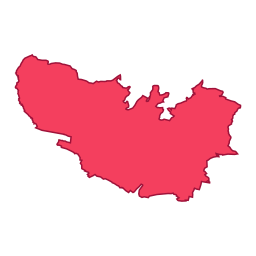 Huedin, Salaj, Romania (Robinson projection)
{"feature_id": "2599482B73354521931704", "entity_name": "Huedin", "entity_type": "district", "adm_level": 2, "iso_a3": "ROU", "parent_name": "Romania", "parent_adm1": "Salaj", "projection": "robinson", "projection_center": [23.004, 46.877], "detail": "fine", "context": "isolated", "style": "filled", "palette": "rose", "viewbox_px": 256, "rotation_deg": 0, "n_neighbors": 0, "source": "geoboundaries", "source_scale": "gbopen_adm2", "svg_char_len": 5746}
<svg xmlns="http://www.w3.org/2000/svg" viewBox="0 0 256 256"><path d="M177.6,200.1L178.3,200.6L181.8,201.1L185.8,200.9L185.5,200.2L188.2,200.3L189.2,196.5L192.5,197.2L192.7,194.4L192.5,192.6L194.1,189.6L194.3,188.4L194.7,188.2L196.2,189.0L199.3,189.6L200.9,184.6L201.5,181.5L209.6,182.9L209.7,182.1L208.9,181.7L208.9,180.8L207.8,180.8L208.9,180.1L208.8,178.2L207.9,177.3L205.7,175.9L204.9,174.6L206.6,173.6L205.0,171.6L203.9,171.0L203.8,170.7L204.2,169.2L204.8,168.1L207.1,166.8L206.8,160.8L208.2,160.1L210.3,158.4L213.5,157.1L216.9,156.5L218.9,156.7L218.5,155.4L216.7,155.3L216.1,153.5L219.3,154.4L222.8,154.6L222.8,155.0L227.8,154.1L234.6,154.4L237.6,153.9L236.0,151.9L235.4,151.4L232.5,150.7L230.8,148.9L229.9,147.3L228.0,145.9L228.0,145.5L228.6,144.8L228.7,143.8L229.2,143.1L229.3,141.2L230.9,137.8L230.7,136.7L229.2,134.9L229.2,134.4L228.5,133.4L228.6,132.1L228.3,131.7L228.1,130.9L228.5,129.0L227.9,127.1L228.3,126.7L228.3,126.1L228.8,125.6L231.5,124.0L231.5,122.6L232.1,122.0L232.0,121.7L232.5,121.1L232.1,120.6L232.2,120.1L231.6,119.6L232.8,118.1L232.8,116.1L233.2,115.4L233.2,115.0L233.6,114.6L234.7,114.2L234.8,112.7L236.9,111.0L237.5,109.5L238.3,108.4L239.4,107.8L239.9,108.1L240.4,107.5L240.4,106.7L240.6,106.3L240.5,105.3L238.2,104.3L234.7,101.8L231.0,100.9L225.7,99.0L225.5,98.7L225.8,97.7L222.8,96.3L219.7,96.4L219.6,95.8L221.0,95.6L222.2,94.2L223.1,92.3L222.6,91.3L220.5,90.8L215.3,88.6L209.0,88.7L207.1,89.1L206.0,88.3L203.6,87.8L201.9,87.1L201.6,86.8L201.5,86.1L201.7,85.0L202.3,84.1L202.3,83.6L202.7,82.9L202.6,80.3L202.4,80.2L202.0,81.0L199.1,84.2L196.4,85.9L194.8,87.5L192.4,88.6L193.2,89.1L192.5,89.6L193.1,90.1L193.2,92.3L193.5,92.7L194.7,93.1L194.6,93.5L194.9,94.0L192.9,94.4L192.8,94.7L193.3,95.1L192.2,95.8L190.9,97.7L188.4,98.9L187.3,97.6L186.7,97.5L186.3,98.3L186.8,99.9L186.4,100.9L184.6,101.4L180.5,103.2L178.1,103.7L176.3,104.8L175.9,106.4L174.8,108.6L171.8,108.1L171.2,109.8L170.2,108.2L169.0,108.1L167.6,108.7L168.4,110.1L170.6,112.2L170.3,113.2L170.4,113.5L174.1,116.0L173.1,117.1L171.6,117.8L169.6,120.6L164.0,119.2L163.2,119.8L161.1,120.1L159.7,119.6L159.1,119.1L159.2,118.2L159.7,117.3L159.6,115.9L160.8,113.4L162.3,112.4L162.8,111.7L163.4,110.3L163.4,109.5L162.8,109.3L162.6,107.6L159.8,107.8L157.6,107.4L157.3,107.6L155.8,106.3L158.1,103.5L160.1,103.1L162.1,102.1L163.6,101.9L162.9,100.6L164.1,97.8L167.8,96.8L168.7,94.2L168.8,93.2L168.4,92.8L165.9,92.7L165.1,93.6L163.0,94.6L161.3,95.0L159.8,95.0L159.5,94.4L159.2,92.9L158.0,91.7L158.7,88.8L158.7,87.3L158.3,86.0L157.7,85.6L154.6,85.5L153.3,85.8L153.0,86.2L152.7,86.8L152.9,87.7L152.7,89.7L150.4,92.8L150.5,94.6L150.1,96.2L149.7,96.5L149.9,97.1L149.0,97.5L149.0,98.2L149.5,98.4L149.6,98.8L148.4,100.5L148.4,101.0L146.9,101.5L146.3,101.0L147.0,99.5L147.9,98.3L142.8,95.6L141.6,97.3L138.4,99.8L136.9,101.5L134.8,105.4L132.7,108.1L128.4,109.8L127.3,109.7L126.1,109.3L125.9,109.0L126.4,108.2L128.5,107.1L128.6,106.8L128.7,105.4L127.6,101.6L127.0,101.3L125.4,103.1L123.6,102.0L123.3,101.6L123.3,100.9L124.2,100.4L124.8,99.7L125.2,98.0L126.5,96.3L128.4,95.2L129.9,92.9L129.6,92.3L128.9,91.8L127.7,90.0L128.9,89.0L129.1,88.3L130.0,87.4L130.0,86.8L129.6,86.5L128.2,86.8L127.3,87.8L125.9,88.1L122.8,87.6L122.5,87.4L122.4,86.5L121.1,85.8L119.0,83.5L117.8,83.0L117.3,82.3L117.0,81.1L116.4,80.5L117.3,79.3L117.4,78.7L118.8,78.1L119.2,78.3L120.2,79.7L120.6,79.7L120.5,76.0L120.2,74.9L117.7,76.4L112.7,80.2L110.8,80.9L106.8,80.9L106.5,81.3L104.5,81.5L100.6,81.4L98.6,82.0L96.5,81.2L93.2,83.6L91.3,83.1L88.9,82.8L87.4,81.6L86.1,80.9L81.4,79.5L78.2,79.2L77.5,76.2L77.2,73.2L76.2,71.6L76.2,70.5L74.5,69.5L72.1,68.7L70.1,66.0L64.3,64.4L62.7,64.3L59.7,63.1L55.6,62.9L51.2,63.5L49.9,64.2L48.1,64.2L47.8,63.9L47.9,62.9L48.2,62.5L48.2,61.4L47.8,61.0L46.1,60.3L42.1,60.3L37.7,59.5L36.1,57.1L35.2,56.7L33.5,56.5L32.9,56.0L32.2,54.9L31.1,55.6L30.0,55.9L24.9,58.2L23.1,60.1L22.6,61.4L21.3,63.3L20.1,66.1L18.6,67.4L16.5,70.8L16.3,72.2L16.1,72.5L16.3,72.7L15.9,73.0L16.2,73.2L16.1,73.9L16.8,75.1L18.1,75.6L18.2,76.3L17.9,76.6L18.2,76.7L18.1,77.1L18.4,77.4L18.1,77.9L18.4,78.4L18.2,79.0L18.5,79.4L18.9,81.1L18.3,81.8L18.2,82.3L17.0,82.7L16.8,84.1L16.9,84.8L16.3,85.3L15.4,87.1L15.7,88.0L16.8,88.2L18.4,90.5L18.1,91.2L18.2,92.5L17.9,93.6L18.8,95.4L18.8,95.9L19.5,98.0L19.4,98.6L18.9,98.7L19.1,99.2L18.6,100.0L20.2,102.4L19.6,103.1L19.7,103.3L20.4,103.9L21.6,104.2L21.4,104.6L21.7,104.9L21.6,105.1L22.4,105.1L22.4,105.6L22.8,105.9L22.8,106.5L23.4,106.8L23.4,108.0L24.7,110.4L24.2,111.0L24.3,111.3L28.1,114.6L28.9,115.8L30.1,116.6L30.5,117.3L31.4,117.6L31.2,118.1L31.7,118.1L32.4,118.5L32.5,118.9L32.1,119.6L32.6,120.3L32.6,120.7L33.2,121.5L33.0,122.3L34.2,123.0L34.1,123.8L35.1,123.5L36.0,123.9L37.2,126.2L37.2,126.5L35.7,127.8L42.0,130.3L64.1,134.3L64.1,134.5L65.8,134.9L68.1,136.1L71.1,136.8L70.4,142.8L66.6,141.9L65.3,141.1L63.2,141.0L62.5,140.5L61.7,140.6L59.0,139.9L58.5,142.0L57.0,144.2L57.5,144.6L57.5,145.1L59.5,145.2L61.5,146.2L61.4,147.4L66.5,148.8L71.1,151.0L73.9,152.5L74.7,153.7L76.0,153.3L78.2,154.3L78.2,154.8L79.0,155.6L79.4,156.7L80.1,157.4L80.0,160.0L81.8,160.3L80.4,163.3L81.7,165.0L81.8,168.6L85.2,170.5L84.8,171.0L88.6,172.4L88.8,173.3L87.4,174.4L88.6,175.5L88.0,176.1L89.4,177.4L93.2,175.6L95.0,174.5L96.9,176.2L100.6,176.9L103.4,179.1L105.3,178.7L108.2,180.0L111.8,182.0L112.2,182.7L114.3,183.5L117.5,185.6L118.5,185.8L120.0,187.8L121.7,187.5L122.1,188.0L122.7,187.7L125.7,190.6L128.6,192.5L130.3,190.5L133.0,192.5L134.3,191.8L136.7,188.8L139.2,186.6L141.2,184.2L142.6,184.9L142.7,185.5L139.3,190.1L138.8,193.9L139.4,196.0L141.9,197.4L144.2,196.8L148.3,197.6L149.4,196.1L156.9,194.5L168.1,193.5L171.2,193.6L173.2,193.2L173.9,194.3L175.9,194.6L176.7,195.5L176.4,196.0L178.9,197.8L176.8,199.0L177.6,200.1Z" fill="#f43f5e" stroke="#9f1239" stroke-width="1.5"/></svg>